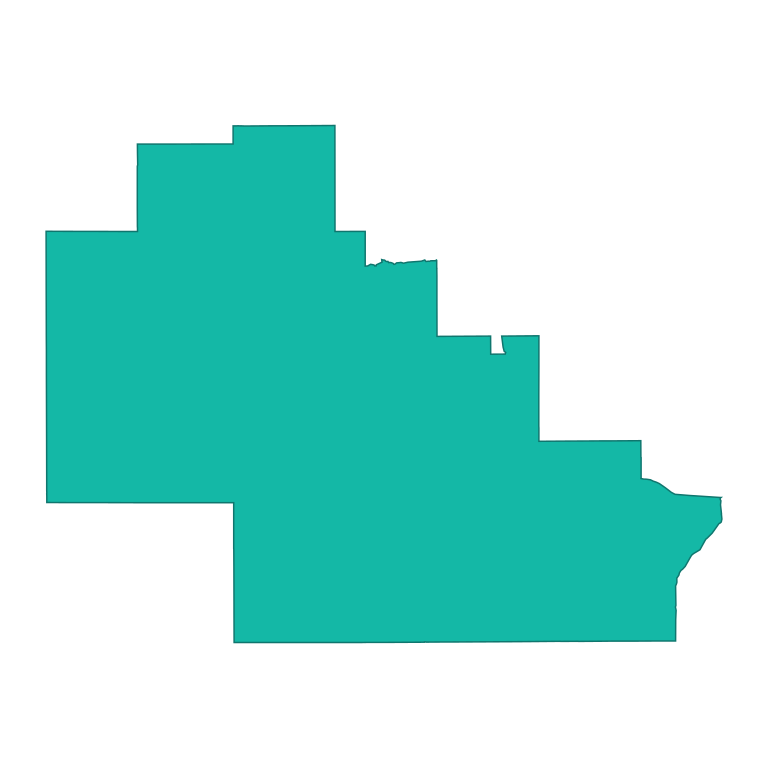 Wudinna, South Australia, Australia (Natural Earth projection)
{"feature_id": "25037944B74799247287960", "entity_name": "Wudinna", "entity_type": "district", "adm_level": 2, "iso_a3": "AUS", "parent_name": "Australia", "parent_adm1": "South Australia", "projection": "natural_earth1", "projection_center": [135.46, -32.977], "detail": "fine", "context": "isolated", "style": "filled", "palette": "teal", "viewbox_px": 768, "rotation_deg": 0, "n_neighbors": 0, "source": "geoboundaries", "source_scale": "gbopen_adm2", "svg_char_len": 3476}
<svg xmlns="http://www.w3.org/2000/svg" viewBox="0 0 768 768"><path d="M675.6,641.0L675.7,619.6L676.1,610.3L675.4,607.0L675.8,605.9L675.9,605.5L675.6,585.9L676.5,583.8L676.9,582.2L676.8,578.2L678.9,575.1L679.4,572.9L681.0,570.4L682.6,569.2L685.2,566.4L689.3,559.1L691.1,556.0L692.0,554.8L692.6,554.4L693.5,553.6L699.7,549.9L699.9,549.8L700.1,549.5L700.8,548.2L704.5,541.5L705.0,540.6L705.1,540.4L705.3,540.1L705.4,539.9L705.8,539.3L705.9,539.1L706.7,538.5L707.3,538.0L712.2,533.1L715.2,528.9L718.8,523.8L719.1,523.5L720.0,523.1L721.1,522.2L721.3,521.8L721.9,519.1L721.7,517.1L721.6,515.8L721.3,514.1L721.5,514.0L720.5,504.8L720.9,500.8L720.2,499.4L720.3,498.1L721.0,497.5L720.4,497.5L699.2,496.1L689.7,495.5L687.3,495.3L675.0,494.3L671.4,492.4L665.4,487.8L659.4,483.6L656.6,482.3L653.1,481.1L650.5,479.8L646.5,479.2L643.7,479.1L641.0,478.5L641.1,478.2L641.1,477.9L641.1,477.1L641.1,476.0L641.1,466.9L641.1,466.3L641.1,465.1L641.1,459.8L641.1,459.6L641.1,459.4L641.1,457.9L641.1,457.4L640.9,457.1L640.8,440.7L609.5,440.9L601.7,440.9L586.5,441.0L567.1,441.1L538.9,441.3L538.9,428.1L538.9,427.9L538.8,426.4L538.8,395.1L538.9,366.6L538.9,339.6L538.9,335.8L501.7,336.1L503.1,347.1L504.2,351.3L505.7,352.4L505.2,354.1L490.7,354.2L490.6,336.1L437.0,336.4L436.9,301.7L436.9,285.2L436.9,283.3L436.9,281.4L436.9,278.0L436.9,276.0L436.8,269.7L436.8,268.8L436.9,268.2L436.8,267.9L436.7,268.0L436.7,267.8L436.7,267.2L436.7,266.8L436.7,266.6L436.7,266.4L436.7,265.6L436.7,265.1L436.7,264.8L436.7,263.3L436.7,261.6L436.7,261.0L436.7,260.8L436.7,260.7L436.7,260.4L436.6,260.2L436.4,260.0L435.6,260.7L430.7,260.8L429.6,261.3L428.3,261.2L425.9,261.5L424.8,260.0L421.3,261.2L407.8,262.2L403.6,263.2L400.9,262.4L399.7,262.6L396.5,262.9L395.4,263.9L394.5,264.3L393.9,264.3L393.9,264.1L393.1,263.4L391.4,262.7L389.8,262.4L388.7,262.6L387.9,261.4L387.0,261.6L385.6,261.2L385.1,260.5L384.5,260.1L383.9,260.1L382.3,259.8L381.7,259.6L382.0,262.2L376.3,264.8L376.2,265.8L374.7,265.9L374.2,265.1L372.9,264.7L370.6,264.3L367.6,266.0L365.2,266.1L365.2,231.4L335.0,231.5L334.9,125.5L303.1,125.7L284.4,125.8L274.8,125.8L274.6,125.8L248.2,126.0L244.3,126.0L241.7,125.9L240.2,125.9L237.8,125.8L236.6,125.9L233.1,125.9L233.1,142.6L233.1,144.0L213.7,144.0L212.8,144.0L168.5,144.1L153.0,144.1L137.4,144.1L137.5,154.7L137.7,164.9L137.3,166.2L137.3,194.9L137.3,202.6L137.3,207.7L137.3,207.8L137.4,227.2L137.5,227.4L137.5,228.4L137.5,231.5L132.7,231.5L122.8,231.5L93.3,231.4L87.1,231.4L77.7,231.4L47.6,231.3L47.1,231.3L46.1,231.3L46.1,234.3L46.2,291.2L46.3,327.8L46.3,335.6L46.4,350.4L46.4,374.6L46.6,440.0L46.7,482.0L46.7,483.7L46.7,486.8L46.7,489.5L46.7,490.3L46.8,493.0L46.7,493.5L46.8,496.3L46.8,498.3L46.8,498.8L46.8,500.9L46.8,502.3L46.8,502.5L70.3,502.6L96.1,502.6L102.4,502.6L139.2,502.7L153.5,502.7L165.0,502.7L191.2,502.7L203.8,502.7L204.0,502.7L213.8,502.7L215.7,502.7L217.2,502.7L218.9,502.7L219.1,502.7L219.3,502.7L233.7,502.7L233.7,539.4L233.7,539.6L233.7,542.3L233.7,546.2L233.7,546.5L233.7,548.7L233.8,549.0L233.9,567.4L234.0,604.7L234.0,612.7L234.1,642.5L242.1,642.5L246.6,642.5L247.0,642.5L307.8,642.5L308.0,642.5L346.5,642.5L361.6,642.5L367.0,642.4L385.1,642.4L424.5,642.2L424.5,641.9L425.7,641.9L426.3,642.1L442.5,642.0L448.9,642.0L449.1,642.0L489.3,641.8L509.9,641.7L524.6,641.6L524.8,641.6L525.2,641.6L525.4,641.6L560.4,641.3L560.6,641.4L578.2,641.3L578.4,641.4L604.2,641.2L612.0,641.1L635.1,641.1L654.7,641.0L664.0,641.0L675.6,641.0Z" fill="#14b8a6" stroke="#0f766e" stroke-width="1.5"/></svg>